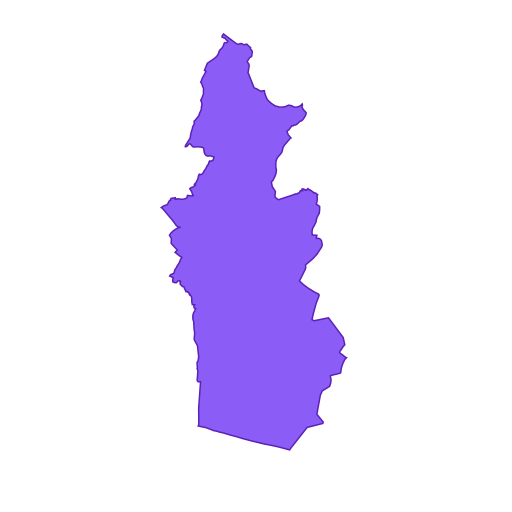 5e Arrondissement, Analamanga, Madagascar (Robinson projection), rotated 212°
{"feature_id": "10022922B36895306051586", "entity_name": "5e Arrondissement", "entity_type": "district", "adm_level": 2, "iso_a3": "MDG", "parent_name": "Madagascar", "parent_adm1": "Analamanga", "projection": "robinson", "projection_center": [47.548, -18.883], "detail": "fine", "context": "isolated", "style": "filled", "palette": "violet", "viewbox_px": 512, "rotation_deg": 212, "n_neighbors": 0, "source": "geoboundaries", "source_scale": "gbopen_adm2", "svg_char_len": 6158}
<svg xmlns="http://www.w3.org/2000/svg" viewBox="0 0 512 512"><g transform="rotate(212 256 256)"><path d="M401.2,427.1L401.4,424.8L400.8,423.6L397.8,424.1L397.1,424.1L396.1,423.6L393.7,423.3L393.7,422.3L394.0,421.3L395.4,420.5L395.8,419.7L395.0,416.6L395.1,414.2L395.8,411.3L395.8,410.4L395.2,408.2L395.0,405.8L395.4,403.4L396.0,401.5L399.4,393.7L398.1,386.1L396.2,386.1L395.8,378.6L395.2,375.6L395.0,374.0L393.8,373.6L392.9,373.0L391.6,372.0L391.1,371.3L390.0,371.0L389.0,369.8L387.4,367.0L386.9,366.5L386.3,365.0L385.5,360.7L385.4,359.9L385.5,358.9L384.3,357.9L383.8,357.8L383.3,357.4L381.7,355.0L381.4,353.7L380.3,351.7L379.9,350.5L379.5,347.1L379.1,345.6L378.8,345.5L379.5,339.0L379.9,337.8L379.7,337.1L378.3,335.3L378.3,333.6L378.1,331.8L377.2,329.4L376.8,327.4L375.7,324.2L375.1,322.8L374.5,321.8L374.3,319.7L374.4,312.7L374.1,311.5L373.9,311.2L373.2,311.6L372.6,312.7L372.2,315.2L371.7,316.0L371.2,316.3L367.8,315.2L366.8,315.3L362.9,318.0L359.7,319.5L358.4,319.7L358.1,319.8L357.3,319.5L355.1,316.7L353.4,315.4L352.5,315.0L351.3,314.8L350.6,314.9L349.6,315.3L347.6,316.9L344.0,317.6L343.6,316.2L343.2,314.4L343.3,314.1L343.6,314.0L343.7,313.6L344.6,312.4L345.6,312.2L345.7,311.0L345.7,310.9L345.4,310.8L345.4,309.4L345.0,309.0L344.9,307.8L345.2,307.7L345.2,306.1L344.9,303.3L345.1,301.0L344.9,297.7L345.1,297.0L346.4,295.4L347.2,295.5L347.5,295.0L347.4,293.9L346.7,292.1L346.1,290.3L346.0,288.2L345.6,286.6L346.1,285.4L346.2,284.1L344.9,284.0L346.4,280.3L346.8,280.3L347.3,279.6L347.8,278.3L347.8,277.8L347.2,277.7L344.4,276.3L343.7,275.6L342.1,274.3L341.4,274.2L341.2,274.0L341.8,273.3L342.7,272.7L344.9,271.7L345.6,271.5L346.2,271.1L345.9,269.9L345.4,269.0L345.9,267.8L346.4,267.0L348.4,265.1L353.2,262.8L353.4,262.5L353.4,262.0L353.9,261.8L354.4,261.4L355.0,261.5L355.4,262.6L358.6,259.8L358.4,259.5L358.4,258.4L358.0,258.1L358.4,257.7L358.8,256.6L358.5,253.8L358.6,252.5L359.1,251.7L360.4,250.2L361.4,248.5L361.4,247.9L361.8,247.5L362.0,246.8L361.2,246.9L358.3,246.1L348.6,242.9L345.9,242.1L339.5,239.5L338.0,239.4L336.7,239.9L335.9,239.9L337.4,237.9L338.5,235.8L339.5,233.5L340.3,230.3L340.4,227.7L337.4,226.2L336.9,225.8L334.8,222.0L334.4,221.7L333.2,221.3L325.9,219.4L326.6,216.2L321.2,215.6L318.2,215.5L318.2,213.6L317.5,209.2L317.6,205.6L317.4,204.1L317.5,201.2L316.5,197.8L318.3,195.3L318.6,194.4L318.5,193.2L316.9,193.5L314.6,193.7L314.1,191.8L312.9,190.0L310.7,190.3L309.3,191.3L309.2,192.3L308.9,193.7L307.5,194.6L307.0,194.0L306.4,194.2L306.3,193.4L305.2,191.8L303.6,191.6L302.4,191.1L300.6,191.6L299.1,190.2L297.9,189.9L297.6,189.6L297.5,189.2L296.6,188.7L296.5,189.0L296.3,188.9L296.1,189.2L294.8,189.1L294.7,189.5L294.2,189.4L293.6,189.2L291.9,187.9L291.7,188.5L290.6,187.8L289.6,187.5L288.8,186.9L288.0,185.9L286.1,183.0L284.2,181.0L282.2,182.2L282.1,180.5L281.2,179.4L280.7,179.1L279.4,179.4L278.9,177.0L278.8,174.5L278.0,172.0L276.1,169.1L273.9,167.1L269.4,160.7L268.0,159.2L267.3,158.2L266.7,157.3L264.8,153.4L263.8,152.1L258.1,148.9L251.1,140.0L249.5,136.1L249.6,134.6L248.6,133.0L246.5,130.2L246.3,129.3L244.5,127.9L241.2,121.7L240.3,119.7L239.2,118.9L238.4,118.7L237.7,119.0L237.2,119.6L236.4,120.0L224.0,96.6L215.4,83.1L214.9,81.2L207.5,83.9L201.7,85.1L199.9,85.3L195.9,86.8L193.9,87.2L190.4,88.5L182.7,90.6L175.6,92.8L170.9,94.0L161.2,97.0L148.9,101.1L143.9,103.1L135.2,106.2L124.7,109.4L124.7,111.1L121.8,137.7L110.6,149.4L111.0,150.8L120.5,154.0L127.7,172.1L128.3,176.7L124.5,184.5L125.3,187.7L126.4,190.2L126.9,191.0L129.3,193.5L129.4,194.1L122.8,200.9L122.5,201.3L122.4,202.1L124.1,205.8L124.9,208.7L125.4,211.1L125.8,214.5L125.8,215.7L125.3,217.7L127.1,217.6L130.6,218.1L132.2,218.1L133.8,218.4L134.2,218.8L134.3,219.6L134.1,222.1L134.1,224.6L133.7,227.8L138.9,233.1L161.8,242.0L172.5,231.8L174.1,231.8L174.8,231.7L176.9,237.7L180.0,248.1L181.2,254.6L181.7,256.3L182.6,256.5L182.8,256.9L184.3,256.7L187.6,256.4L195.0,256.4L200.6,256.9L205.9,257.8L207.1,270.4L207.5,272.1L208.0,273.0L209.3,274.7L207.8,279.2L206.3,284.1L205.5,288.3L205.2,290.3L205.1,298.1L205.2,298.8L205.5,299.9L206.0,300.9L208.5,303.6L209.9,304.2L211.4,304.4L212.3,304.1L214.1,302.9L214.5,303.5L215.3,305.8L219.4,303.7L220.5,305.0L221.6,306.7L222.7,309.9L222.7,312.5L223.2,316.8L224.4,319.9L224.6,320.8L224.8,322.4L225.0,325.8L226.6,329.1L228.3,331.8L231.3,331.9L232.0,331.7L232.3,332.0L233.7,336.0L235.2,338.3L236.2,339.2L236.3,339.5L236.1,340.5L236.6,340.5L237.8,341.0L240.0,340.6L240.2,340.2L240.5,340.4L241.7,340.5L245.3,340.7L245.4,340.4L246.8,340.5L247.7,340.7L247.9,340.3L248.0,338.6L249.0,338.4L249.0,338.1L249.3,338.0L249.3,338.3L250.6,338.1L250.8,337.8L251.0,338.0L251.8,337.8L252.5,337.2L252.0,336.2L251.3,335.9L252.4,335.0L253.0,334.9L252.7,332.4L253.8,331.5L254.0,330.5L255.8,329.3L256.0,328.6L266.8,315.6L269.9,315.8L270.4,315.9L271.5,316.7L272.0,317.3L273.0,319.7L273.9,321.1L278.5,323.3L279.8,324.2L280.4,325.1L281.5,326.1L282.1,326.9L281.7,329.4L282.2,334.0L282.7,336.3L283.8,338.9L284.8,340.4L286.4,342.0L287.7,344.1L288.8,346.0L289.4,347.5L289.7,349.0L289.9,350.1L289.9,351.3L289.7,352.1L289.6,353.5L289.2,355.3L289.1,357.8L290.5,362.3L290.6,363.3L290.6,365.6L290.1,368.3L289.3,374.1L288.9,374.6L292.6,375.8L294.0,376.7L295.9,378.2L295.8,378.8L295.0,380.2L294.6,385.4L293.5,386.0L293.5,386.7L292.3,387.7L291.4,388.8L291.0,389.9L290.2,393.0L290.0,393.6L288.9,394.9L288.6,396.3L288.4,397.9L288.5,401.6L288.8,402.8L289.3,404.0L291.0,404.5L291.3,404.8L291.9,404.6L293.9,405.5L295.5,406.4L296.4,407.3L296.5,408.5L297.4,409.4L297.7,407.9L298.4,406.2L299.4,404.8L300.6,403.7L302.8,402.4L305.3,402.4L308.3,401.2L309.9,398.8L311.5,397.0L312.6,396.3L314.6,394.9L317.2,394.1L319.5,393.5L323.0,393.5L325.2,393.8L328.4,394.4L330.4,395.3L333.5,397.6L335.0,398.8L336.5,400.6L338.2,399.5L338.4,399.3L338.7,398.3L344.3,398.1L346.7,397.6L360.1,407.5L360.7,409.5L361.6,411.1L362.3,413.2L363.1,414.3L363.9,415.1L366.1,415.9L366.5,416.8L366.5,420.8L365.5,422.8L365.6,423.6L366.3,424.6L367.1,426.9L367.8,427.7L370.3,428.7L370.7,429.0L371.0,429.8L371.9,430.0L374.3,430.3L375.7,430.8L376.0,430.7L376.4,430.6L377.7,429.2L378.3,428.7L380.7,428.5L381.3,428.3L383.8,425.7L387.0,425.8L401.2,427.1Z" fill="#8b5cf6" stroke="#5b21b6" stroke-width="1.5"/></g></svg>